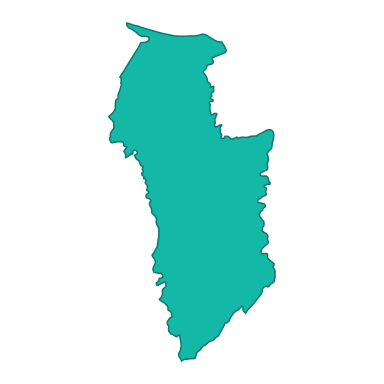 outline of San Francisco, Atlántida, Honduras
{"feature_id": "27666195B12880656557631", "entity_name": "San Francisco", "entity_type": "district", "adm_level": 2, "iso_a3": "HND", "parent_name": "Honduras", "parent_adm1": "Atlántida", "projection": "robinson", "projection_center": [-87.027, 15.648], "detail": "fine", "context": "isolated", "style": "filled", "palette": "teal", "viewbox_px": 384, "rotation_deg": 0, "n_neighbors": 0, "source": "geoboundaries", "source_scale": "gbopen_adm2", "svg_char_len": 6046}
<svg xmlns="http://www.w3.org/2000/svg" viewBox="0 0 384 384"><path d="M181.6,361.0L183.4,359.8L184.8,359.5L190.4,358.7L194.8,358.5L195.2,358.0L196.4,354.2L196.9,352.2L199.0,350.9L200.3,349.8L202.1,347.2L203.4,346.0L205.3,344.9L209.4,341.6L213.8,339.9L215.8,337.4L217.7,336.4L218.8,335.2L223.6,326.4L225.0,323.0L226.1,323.0L226.8,322.7L228.7,321.5L229.3,320.5L230.1,318.4L232.8,314.0L233.6,313.0L235.6,311.3L238.5,309.6L241.9,306.3L242.5,306.1L243.0,306.3L243.2,306.8L242.9,309.2L243.1,310.3L243.7,311.3L245.6,313.2L247.6,310.0L251.0,306.6L254.6,302.3L261.4,293.8L262.1,292.2L262.5,288.9L263.6,287.3L266.8,286.1L267.9,286.8L268.8,286.7L270.4,284.2L272.9,282.7L274.4,281.0L275.0,277.2L275.1,276.0L274.8,274.2L275.2,271.7L274.7,270.1L273.2,267.4L273.2,266.8L274.0,265.0L274.1,263.8L273.5,263.2L269.8,260.4L267.6,257.7L267.4,256.9L267.6,254.5L267.2,253.8L265.7,253.3L262.2,254.0L261.5,253.3L261.0,251.8L261.1,250.7L262.1,248.7L264.3,246.4L268.0,243.3L268.3,242.6L268.4,241.7L267.2,238.8L267.9,236.7L267.8,235.8L267.4,234.9L266.5,233.7L263.7,232.2L262.2,230.9L262.4,227.7L264.0,225.6L263.9,222.0L263.7,221.4L261.1,218.3L259.8,216.4L259.3,215.1L259.4,214.3L260.7,211.4L262.4,210.5L263.1,208.5L265.1,207.0L265.3,206.5L265.1,205.4L264.7,204.4L264.1,203.8L260.7,203.0L258.5,202.7L257.9,202.3L257.7,201.6L257.9,199.9L258.2,199.3L260.4,198.6L262.0,197.0L264.8,195.7L266.2,194.6L266.2,193.8L265.5,191.4L266.4,189.2L266.4,188.6L265.9,187.7L264.5,187.1L264.3,186.4L264.4,185.8L265.1,185.3L266.9,184.3L269.5,184.4L269.9,184.1L270.1,183.6L270.2,182.9L269.0,181.5L268.0,177.9L267.4,176.7L266.0,176.0L262.7,176.1L261.1,175.8L260.3,175.3L260.0,174.3L260.5,173.3L261.7,172.4L264.9,170.7L266.1,170.5L267.6,168.7L267.7,166.7L266.9,163.7L268.3,161.2L268.5,159.7L268.2,157.2L267.2,154.3L267.2,153.5L267.9,152.0L271.1,148.9L271.7,147.9L272.4,142.8L273.6,138.2L273.8,135.0L273.6,133.6L273.0,131.7L271.8,130.4L270.4,129.7L268.7,129.6L266.4,130.4L261.7,133.0L258.9,134.3L256.8,135.7L255.0,136.1L251.0,136.2L248.2,137.1L245.8,137.5L241.9,137.1L239.3,138.0L238.1,137.8L236.8,137.1L233.5,138.8L231.9,139.2L231.3,139.1L230.0,138.2L228.4,136.5L226.9,136.2L225.0,136.3L224.5,137.9L224.0,138.2L221.9,138.3L221.2,138.1L220.9,137.7L220.7,137.2L221.6,136.0L221.7,135.0L221.4,134.1L220.0,132.3L220.3,129.9L220.0,128.4L220.6,126.7L221.6,125.5L221.7,125.0L221.0,124.8L218.9,125.4L216.5,126.9L215.4,127.0L214.4,125.3L215.3,123.1L214.9,120.5L215.0,118.5L216.8,114.7L216.9,114.1L216.3,113.5L214.9,113.4L213.9,113.7L212.3,114.9L211.4,114.8L210.9,114.0L209.8,108.9L210.2,105.3L210.1,104.4L209.3,102.7L209.4,102.0L209.7,101.7L212.5,101.4L212.9,101.1L213.1,100.6L213.1,100.0L212.8,99.6L210.6,98.7L210.0,98.1L211.9,96.1L211.4,93.2L213.3,91.8L213.7,91.1L213.6,88.3L213.7,86.5L213.3,86.2L211.3,87.0L210.3,87.0L210.6,84.2L207.6,81.7L207.1,78.7L206.7,77.5L205.4,75.1L203.6,72.8L203.1,71.7L203.5,71.1L205.3,69.4L206.3,68.0L207.2,65.6L207.6,65.1L211.4,64.2L213.1,63.1L213.3,62.3L213.2,60.9L211.9,58.6L212.0,58.1L212.3,57.7L225.1,52.6L226.1,51.4L226.1,50.2L225.8,49.0L225.1,48.0L224.7,46.6L221.7,42.0L218.5,41.8L215.6,40.8L205.0,34.4L203.1,34.2L202.2,34.3L197.1,35.6L194.2,36.0L190.5,35.9L186.6,36.2L180.1,36.2L174.9,36.0L160.8,33.0L141.9,27.6L138.1,26.1L133.2,25.1L127.5,23.0L126.8,23.2L126.9,25.2L127.5,26.6L128.8,27.9L132.1,29.4L135.6,31.9L139.8,35.5L140.7,35.9L141.9,36.4L145.5,36.4L148.3,36.7L149.2,38.1L149.2,39.1L148.6,40.5L147.0,41.8L145.1,42.3L141.7,42.6L140.8,42.9L140.3,43.3L139.7,45.3L119.9,77.2L120.7,77.8L121.3,79.8L121.2,81.2L120.8,83.0L121.5,85.1L120.7,87.0L119.7,90.7L118.5,93.2L118.2,94.6L118.0,98.6L116.2,99.7L115.6,101.1L115.4,103.4L115.3,107.1L115.4,108.0L114.9,109.8L112.7,113.0L108.8,116.5L109.1,117.3L112.3,120.5L113.4,122.0L113.8,124.1L113.7,125.9L113.9,128.0L110.4,133.3L110.3,135.3L110.7,136.3L109.7,138.0L109.6,139.5L110.4,140.9L110.8,142.3L112.0,142.8L113.1,142.7L114.0,142.1L115.2,142.5L115.9,142.0L116.3,142.1L116.9,141.5L118.8,141.9L119.8,141.6L123.1,142.1L123.6,143.2L123.7,145.6L125.3,146.4L126.2,146.4L126.6,146.7L126.3,147.8L124.8,150.0L124.0,151.3L125.7,154.6L125.8,156.2L125.5,156.9L125.6,157.6L128.4,156.2L129.2,155.0L130.2,155.0L131.0,153.6L131.4,153.7L132.0,154.2L132.5,154.1L133.0,152.6L132.8,151.2L133.8,150.1L134.9,150.0L137.0,151.2L137.2,151.7L137.2,153.5L136.5,154.4L134.9,155.0L134.6,155.6L134.6,156.1L135.7,158.0L136.5,159.2L138.7,160.7L139.4,161.5L140.1,164.1L140.9,165.7L141.4,166.0L142.7,165.9L143.0,166.3L143.0,167.1L142.2,169.2L143.1,170.5L143.3,171.5L142.9,172.2L141.7,173.1L142.0,174.6L141.9,174.9L143.0,175.2L143.2,176.2L144.0,177.2L143.7,178.5L144.2,178.6L145.2,178.3L145.6,179.3L146.1,181.2L145.3,182.6L145.3,183.1L147.2,185.4L147.5,186.4L147.4,187.8L146.7,189.9L147.1,190.6L148.2,191.5L148.6,192.2L148.4,192.9L146.3,194.8L146.0,195.7L146.0,196.7L146.9,197.9L149.7,198.9L150.8,200.4L150.9,201.3L149.6,202.6L149.4,203.2L149.7,205.2L150.5,206.5L151.4,208.7L151.9,211.2L151.6,211.7L151.6,212.4L152.3,213.6L154.8,215.7L156.3,218.1L156.6,219.1L156.2,222.2L156.4,223.4L156.7,224.4L158.3,227.2L158.5,228.2L158.9,232.2L158.8,236.2L157.2,246.6L153.7,253.0L152.1,255.1L152.5,256.5L154.3,258.6L155.1,260.1L155.4,261.2L155.2,263.5L154.0,265.8L153.0,268.4L153.0,269.6L153.6,271.6L154.2,272.6L156.5,272.6L158.7,273.5L160.3,273.2L161.1,273.3L161.8,273.8L162.9,276.4L162.9,277.0L162.3,277.7L159.3,278.4L158.7,280.8L156.4,282.8L156.3,283.8L157.2,285.5L158.0,285.6L159.5,284.3L163.1,282.8L164.5,281.7L165.1,281.8L165.5,282.2L166.0,284.8L165.9,286.3L165.3,287.2L163.4,288.6L162.7,289.6L162.3,291.0L162.6,293.4L162.3,294.7L161.5,296.9L159.6,299.0L159.4,299.6L160.6,300.7L164.7,303.2L166.0,304.5L167.1,305.7L168.0,307.3L167.9,309.5L168.2,310.1L168.5,310.5L170.1,311.1L171.4,313.0L171.9,315.4L172.0,316.8L171.7,317.1L170.2,317.6L167.7,321.0L167.2,322.8L167.2,323.7L168.7,326.4L168.5,329.1L168.8,331.4L170.3,333.1L170.5,333.9L172.2,334.1L176.1,336.7L176.9,336.7L178.8,334.9L179.1,335.0L179.5,335.6L180.5,340.2L181.4,346.0L180.7,348.0L180.2,351.1L178.7,353.3L178.6,355.1L178.9,356.2L180.6,358.8L181.6,361.0Z" fill="#14b8a6" stroke="#0f766e" stroke-width="1.5"/></svg>